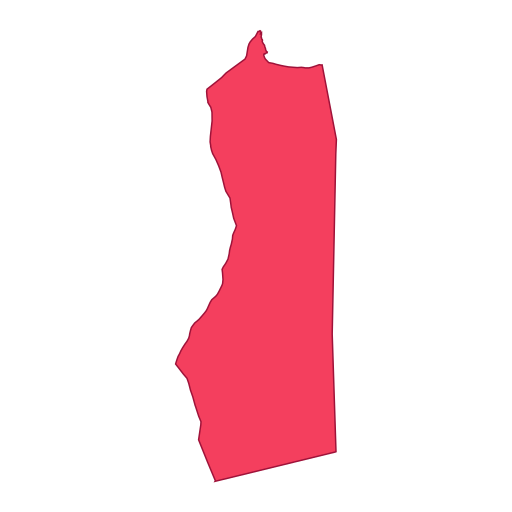 Salloum, Matruh, Egypt
{"feature_id": "37247803B99889104547734", "entity_name": "Salloum", "entity_type": "district", "adm_level": 2, "iso_a3": "EGY", "parent_name": "Egypt", "parent_adm1": "Matruh", "projection": "mercator", "projection_center": [25.027, 30.642], "detail": "fine", "context": "isolated", "style": "filled", "palette": "rose", "viewbox_px": 512, "rotation_deg": 0, "n_neighbors": 0, "source": "geoboundaries", "source_scale": "gbopen_adm2", "svg_char_len": 2040}
<svg xmlns="http://www.w3.org/2000/svg" viewBox="0 0 512 512"><path d="M322.1,64.9L321.3,65.0L319.2,64.7L315.9,65.9L313.7,66.6L311.9,67.2L308.9,67.9L305.1,67.9L303.9,67.6L301.3,67.3L297.4,67.6L293.5,67.3L288.5,66.9L284.0,66.1L280.6,65.4L276.0,64.3L273.1,63.4L268.7,62.6L267.2,61.0L265.3,59.0L264.5,57.5L263.7,55.1L263.9,54.1L264.4,53.7L264.8,54.0L265.5,53.6L266.3,52.9L267.1,52.8L267.3,52.0L266.5,51.6L265.7,49.9L265.4,48.2L264.9,47.2L264.5,45.2L263.8,44.4L263.1,43.3L262.5,42.2L262.2,41.2L262.5,40.3L262.3,39.6L261.7,39.1L261.6,38.0L261.1,37.1L261.5,34.6L261.5,33.2L261.0,33.8L260.6,34.0L260.4,34.0L260.6,33.2L260.9,32.4L260.6,31.1L260.0,30.7L259.3,31.1L259.2,31.5L258.0,31.5L255.4,36.5L252.5,39.1L250.2,41.9L249.7,42.8L249.0,44.0L248.3,46.3L248.0,47.2L246.6,55.8L245.0,59.1L226.3,72.8L224.1,75.0L221.7,77.5L219.0,79.7L207.0,89.2L206.6,91.4L207.0,96.7L207.8,101.0L207.9,101.6L207.9,102.6L208.1,102.8L209.0,104.4L210.8,107.3L211.9,111.7L212.0,112.7L212.1,121.0L210.4,136.3L210.1,141.9L210.7,145.6L210.7,146.0L210.7,146.6L211.6,150.5L212.7,153.7L215.9,159.5L218.7,165.9L221.0,172.1L222.2,177.3L223.6,183.0L224.6,187.2L225.9,191.3L230.0,198.1L230.9,204.6L231.2,207.2L232.6,213.2L233.7,218.3L235.5,223.0L236.5,225.7L235.3,229.3L233.5,233.3L232.7,235.4L232.4,239.1L231.3,244.2L230.4,247.2L229.6,250.5L229.2,253.8L228.0,259.1L225.7,263.4L223.3,266.9L222.1,269.4L222.5,272.7L223.0,279.6L222.6,283.6L222.0,285.3L219.1,291.2L217.4,294.3L215.8,296.2L211.8,299.7L210.2,302.3L208.8,305.4L207.2,309.0L206.0,311.1L204.1,313.5L199.0,319.4L194.7,323.0L192.9,325.4L191.4,327.5L190.6,330.1L189.7,333.8L189.4,335.9L188.7,338.2L187.0,341.3L185.1,343.9L182.6,347.8L180.9,350.8L179.6,353.7L178.1,356.4L176.9,359.8L176.2,362.0L175.6,364.0L183.4,374.1L187.0,378.3L188.8,383.5L190.5,390.2L192.7,396.5L193.0,397.5L195.2,405.6L195.5,406.3L198.7,416.2L201.0,421.7L200.8,424.9L200.0,430.3L198.6,439.8L207.7,462.4L215.4,480.8L215.1,481.3L335.2,452.0L336.0,451.7L332.2,334.0L335.8,153.7L336.4,139.5L322.1,64.9Z" fill="#f43f5e" stroke="#9f1239" stroke-width="1.5"/></svg>